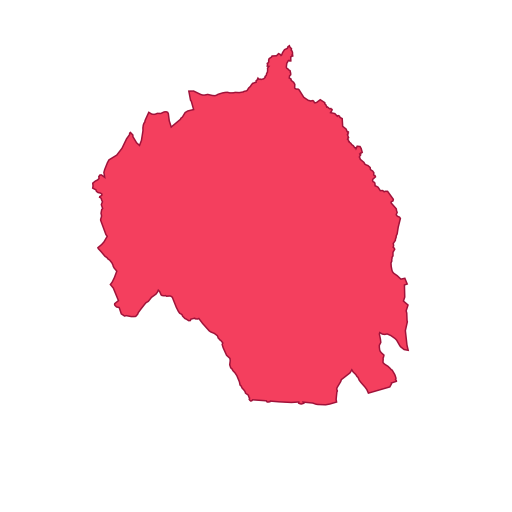 outline of Adaklu, Volta, Ghana, rotated 153°
{"feature_id": "2480657B20696154785284", "entity_name": "Adaklu", "entity_type": "district", "adm_level": 2, "iso_a3": "GHA", "parent_name": "Ghana", "parent_adm1": "Volta", "projection": "robinson", "projection_center": [0.49, 6.441], "detail": "fine", "context": "isolated", "style": "filled", "palette": "rose", "viewbox_px": 512, "rotation_deg": 153, "n_neighbors": 0, "source": "geoboundaries", "source_scale": "gbopen_adm2", "svg_char_len": 6132}
<svg xmlns="http://www.w3.org/2000/svg" viewBox="0 0 512 512"><g transform="rotate(153 256 256)"><path d="M280.3,103.1L280.3,104.4L272.3,99.3L269.9,96.8L268.6,95.8L261.5,91.8L257.4,90.6L250.5,89.3L249.7,91.9L245.7,98.1L244.8,98.8L244.5,100.9L243.4,102.0L237.5,105.7L236.1,107.1L225.3,109.2L222.3,111.1L222.1,108.6L220.9,105.1L220.7,102.7L220.2,101.6L220.4,98.4L219.9,95.7L218.4,89.8L217.9,86.7L218.1,82.8L196.2,78.6L193.2,80.7L193.0,81.4L187.8,80.6L187.5,81.4L187.8,82.6L186.8,83.5L186.4,85.7L186.2,87.5L186.5,92.5L187.1,93.3L187.5,95.0L188.5,97.8L190.5,101.2L191.1,102.9L191.1,103.7L189.5,106.4L189.1,107.4L188.2,108.1L187.0,109.6L188.3,113.0L188.6,114.7L188.5,116.0L187.5,118.8L186.6,120.5L184.1,122.3L183.9,122.7L182.9,125.4L181.5,130.5L180.5,131.6L178.9,129.1L177.0,127.7L174.5,127.0L171.9,123.8L169.6,119.4L168.9,117.2L168.6,110.8L168.4,109.5L166.5,105.4L163.2,102.9L161.9,108.2L156.8,121.7L151.0,128.7L150.7,130.0L147.6,136.7L147.1,139.0L142.8,143.3L145.1,148.9L142.1,151.9L136.9,162.8L134.0,162.4L133.5,168.6L137.4,169.6L139.1,174.3L141.1,178.0L141.5,179.7L141.4,181.4L140.3,185.2L138.9,188.5L137.2,189.9L136.9,190.9L135.9,192.1L135.4,193.1L133.9,193.9L132.3,197.1L129.3,199.1L129.4,200.7L129.8,201.5L128.6,202.9L128.0,204.9L124.8,206.6L123.8,208.1L122.9,208.7L121.8,210.4L120.2,211.6L116.3,217.0L110.3,223.9L110.5,225.5L111.9,227.1L112.3,228.4L112.2,229.3L110.4,230.8L110.2,232.7L109.6,234.3L111.5,241.9L111.3,242.5L110.8,242.9L108.9,242.9L107.9,244.2L109.4,253.9L111.5,255.0L112.7,255.1L113.4,256.8L115.6,257.8L116.0,261.8L117.0,263.4L118.0,264.4L117.0,267.0L117.1,267.9L118.0,269.1L117.9,270.2L117.2,271.3L113.6,272.3L113.5,273.7L114.1,274.1L114.3,274.9L113.2,276.7L113.5,278.8L114.5,280.4L114.7,281.4L114.1,283.0L115.2,285.8L116.4,287.0L117.4,288.7L117.3,290.3L119.2,294.8L118.9,296.2L119.1,296.8L118.7,297.6L116.9,298.5L117.3,299.0L117.3,299.8L116.8,299.8L116.1,300.3L115.4,299.9L114.3,300.1L113.5,304.0L113.6,306.3L116.0,307.9L118.2,306.2L118.1,307.3L118.9,307.7L119.2,310.0L120.1,311.7L120.4,313.5L121.3,315.2L121.0,315.6L121.4,316.3L121.0,317.2L121.4,318.5L120.8,318.7L120.6,319.4L119.8,319.4L119.5,322.5L119.0,322.5L118.7,323.3L117.8,323.7L118.1,324.7L117.6,324.9L118.3,325.7L118.1,328.2L119.9,332.2L116.8,339.3L118.3,341.4L118.1,342.4L118.6,343.5L119.2,343.9L120.1,343.6L121.1,347.1L124.5,349.9L122.2,351.3L121.7,352.0L122.2,352.4L122.3,353.4L123.6,353.8L124.6,356.2L125.3,356.5L125.0,356.9L125.3,357.5L125.1,358.9L125.6,360.5L125.1,361.4L127.8,366.1L132.2,365.3L133.4,365.5L134.3,366.0L134.3,367.7L134.8,368.7L136.0,368.9L136.4,369.3L137.1,369.3L138.0,370.4L138.7,370.8L141.4,375.7L142.2,384.6L142.8,385.7L144.1,386.2L145.2,387.6L145.2,388.3L143.5,391.3L143.6,393.6L144.9,396.5L144.8,397.2L144.5,397.5L144.5,397.9L145.6,399.5L144.2,401.4L142.8,401.7L142.0,403.4L142.0,404.4L141.5,405.1L141.6,405.8L142.5,407.2L142.5,407.9L143.4,409.4L143.2,410.6L141.1,413.7L138.4,415.4L137.7,415.3L137.4,414.4L136.4,414.0L134.7,417.6L132.4,417.6L132.7,418.7L132.0,418.8L131.0,421.0L130.9,422.7L131.2,423.4L130.3,424.5L131.0,427.2L130.8,428.2L132.5,428.0L132.9,427.4L133.9,426.8L136.9,426.9L139.9,425.2L142.0,423.4L142.7,423.3L142.9,424.6L144.0,426.1L146.8,425.1L150.9,426.9L151.9,426.2L154.7,425.9L155.8,424.8L156.6,423.1L157.7,422.5L158.3,422.6L158.7,422.3L158.7,421.4L159.8,420.1L158.4,419.1L160.5,418.1L161.1,416.6L162.5,414.4L163.5,414.0L164.9,412.2L166.4,411.9L166.7,411.0L168.8,410.4L171.4,411.0L172.0,411.8L173.2,412.1L173.5,413.6L175.3,412.2L176.3,412.1L177.1,410.7L178.9,411.2L179.8,411.0L180.4,411.4L182.0,410.8L184.1,409.6L186.3,409.0L188.8,407.5L189.8,407.5L191.8,408.1L193.0,408.0L196.8,409.2L200.2,411.2L202.2,411.7L205.4,413.3L207.1,414.8L209.1,415.7L211.8,416.5L216.4,417.3L218.5,417.2L219.9,417.5L222.1,418.9L225.7,421.9L228.7,422.7L230.3,423.5L231.9,425.0L236.7,431.3L241.0,433.4L243.6,424.5L243.4,423.2L245.1,414.8L250.9,416.2L254.0,416.0L258.5,413.2L260.5,412.8L261.2,412.1L273.0,409.4L271.9,415.9L269.5,422.6L269.5,424.2L270.5,425.2L271.6,425.8L272.8,426.1L276.1,426.2L279.2,427.9L281.6,428.1L283.1,428.8L284.5,429.8L286.3,432.7L293.2,427.2L294.5,425.6L295.4,425.3L297.0,423.8L298.6,421.5L299.8,419.0L305.6,411.0L309.6,407.4L311.0,411.0L311.5,418.2L310.8,419.7L311.8,423.1L312.8,422.8L313.6,421.5L318.1,419.2L326.5,412.8L334.3,409.1L343.4,408.4L346.0,406.6L351.5,401.8L353.6,399.5L355.1,394.8L357.0,398.5L358.4,399.0L359.4,398.3L359.9,398.3L360.7,396.3L362.6,395.7L365.2,395.7L368.4,395.0L369.4,392.4L370.7,390.6L368.6,387.6L368.8,386.0L367.9,384.2L366.0,382.7L365.2,381.1L366.0,380.0L368.2,379.9L368.7,379.3L368.2,378.8L367.7,377.4L368.1,376.4L368.2,374.0L370.5,372.0L371.1,367.9L372.4,367.4L374.7,364.4L375.2,362.3L375.9,361.1L377.7,359.3L378.2,358.3L380.0,343.2L379.6,341.1L385.0,337.6L388.3,336.3L393.1,335.2L393.2,334.2L392.1,330.4L390.7,324.3L389.5,322.2L389.3,320.7L388.2,318.7L387.5,315.1L387.6,312.8L387.9,311.5L387.8,309.4L386.9,305.7L391.9,301.1L396.0,298.0L398.7,296.7L397.7,292.2L398.8,278.7L403.5,277.7L404.0,277.0L404.1,276.0L403.4,273.9L401.3,272.2L402.3,265.6L400.4,262.2L398.7,261.8L394.6,258.6L391.1,256.9L390.2,256.9L387.8,257.9L386.6,259.0L382.6,261.0L377.2,263.5L375.3,264.3L372.5,264.5L367.9,266.6L362.3,267.5L360.0,268.7L358.6,269.9L358.0,268.1L358.2,264.4L357.7,263.5L356.0,262.3L354.6,261.8L354.0,260.8L350.7,259.4L350.0,258.7L349.3,257.2L350.3,246.4L350.3,241.9L350.0,239.7L348.6,237.5L348.7,235.8L347.7,232.5L346.7,231.3L345.3,228.9L343.8,228.3L342.7,229.3L338.8,228.4L338.7,227.6L336.5,226.3L335.3,226.3L334.2,220.1L331.7,210.6L330.8,208.9L328.3,206.0L326.6,202.5L326.9,199.9L326.5,199.0L326.4,197.9L325.7,196.7L325.2,194.4L325.1,193.5L326.3,192.6L326.9,189.2L327.3,180.9L325.7,176.6L326.5,174.4L328.8,171.0L329.3,167.8L328.7,166.4L328.6,164.2L327.8,161.6L327.4,158.1L327.9,151.5L328.8,148.2L328.3,147.2L328.3,144.1L327.8,143.0L327.3,140.2L327.6,138.6L326.0,135.4L326.4,133.8L326.2,132.3L327.1,131.5L327.0,130.3L326.4,129.1L325.2,129.0L324.3,129.4L314.5,123.5L312.5,122.2L312.5,121.2L311.8,120.5L309.7,119.8L309.1,120.2L302.0,115.8L290.9,109.4L285.5,107.1L284.2,106.4L284.8,105.5L283.7,104.2L282.7,103.5L280.3,103.1Z" fill="#f43f5e" stroke="#9f1239" stroke-width="1.5"/></g></svg>